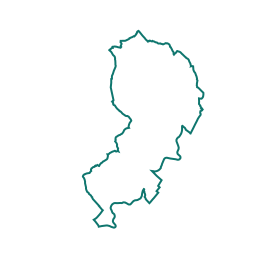 Barbatesti, Gorj, Romania (Natural Earth projection), rotated 44°
{"feature_id": "2599482B4781190450425", "entity_name": "Barbatesti", "entity_type": "district", "adm_level": 2, "iso_a3": "ROU", "parent_name": "Romania", "parent_adm1": "Gorj", "projection": "natural_earth1", "projection_center": [23.486, 44.864], "detail": "fine", "context": "isolated", "style": "outline", "palette": "teal", "viewbox_px": 256, "rotation_deg": 44, "n_neighbors": 0, "source": "geoboundaries", "source_scale": "gbopen_adm2", "svg_char_len": 5758}
<svg xmlns="http://www.w3.org/2000/svg" viewBox="0 0 256 256"><g transform="rotate(44 128 128)"><path d="M175.5,219.3L177.2,216.8L180.0,213.3L180.8,212.5L182.8,211.3L184.7,210.7L186.9,209.6L187.3,209.2L187.6,208.5L187.7,208.1L187.6,207.7L187.4,207.2L186.9,206.8L186.2,206.5L183.2,206.2L182.6,206.0L181.8,205.5L181.3,204.7L180.8,203.8L180.5,201.9L180.2,201.2L179.8,200.7L179.2,200.2L178.1,199.6L176.8,199.6L176.2,199.8L175.3,199.6L173.5,198.7L171.8,198.1L171.2,197.7L170.7,197.1L170.1,195.8L169.9,195.2L169.7,193.8L169.8,193.2L170.0,192.4L170.2,191.8L170.6,191.2L172.8,189.2L174.5,187.3L175.7,186.3L176.0,185.7L176.1,185.1L176.5,184.5L177.7,183.6L179.3,183.1L181.1,182.7L181.8,182.4L182.5,181.7L182.7,181.4L182.8,180.6L182.7,178.2L182.7,176.7L183.3,175.1L184.2,174.1L184.9,173.1L185.9,169.9L185.3,167.8L185.0,167.1L183.6,165.2L182.4,163.2L182.1,162.4L181.8,160.9L182.1,160.8L182.5,161.1L182.8,162.0L183.2,162.5L183.9,162.4L184.4,162.9L185.9,163.6L186.5,163.9L187.3,164.7L187.7,165.5L187.8,166.0L189.7,166.4L190.3,166.9L195.6,167.2L195.6,165.9L195.3,162.0L195.3,160.7L194.7,153.5L192.4,153.6L192.0,148.7L189.9,148.7L189.4,146.6L189.1,145.4L188.8,143.8L188.4,142.2L181.9,142.5L175.1,142.3L176.3,141.4L177.5,140.7L178.0,139.9L178.7,138.9L179.2,137.6L179.5,136.1L179.4,134.0L179.0,133.5L178.7,133.2L178.1,131.3L177.5,130.3L175.8,125.9L175.5,124.9L175.6,123.9L176.0,123.1L176.6,122.4L179.7,120.5L184.1,117.3L185.4,116.6L186.1,116.1L186.8,114.8L186.7,113.4L186.0,112.5L185.2,112.1L184.6,112.1L181.9,112.2L180.7,111.6L180.0,110.7L179.0,108.0L178.0,106.8L176.2,105.8L172.6,104.1L172.0,103.8L171.4,103.2L171.0,102.7L170.6,101.4L170.6,99.8L170.8,99.2L170.9,98.8L170.7,97.7L170.3,95.7L170.0,94.8L169.2,93.2L168.3,91.9L165.6,89.1L165.6,88.8L165.7,88.6L167.2,88.6L168.7,88.4L170.0,88.7L170.7,89.1L171.6,89.0L172.2,88.9L175.0,88.5L176.0,88.4L176.6,88.6L176.8,88.5L174.9,82.3L173.8,78.9L172.6,74.9L171.9,72.9L171.4,70.5L171.2,68.5L171.0,68.0L170.5,67.4L169.4,67.0L168.7,66.0L168.4,65.7L169.0,64.0L169.0,63.6L168.7,63.4L167.7,63.3L168.2,62.7L165.0,62.2L164.8,62.1L164.7,61.8L164.5,61.7L162.4,61.4L160.8,59.6L158.9,57.8L158.5,57.4L159.7,56.6L160.4,56.0L160.6,55.4L160.5,54.1L160.0,52.9L158.7,51.2L157.7,50.3L155.2,50.3L151.7,50.2L150.3,50.3L149.5,50.6L149.4,50.4L148.5,49.9L148.1,49.8L147.1,48.6L146.7,48.2L144.9,45.5L144.0,45.3L143.8,45.2L143.3,44.5L141.3,43.2L140.4,42.9L139.1,42.2L138.0,41.7L136.4,41.5L135.0,40.9L134.5,40.6L132.0,38.4L131.0,39.0L130.5,39.8L130.4,39.5L129.2,39.1L128.1,38.3L126.2,37.7L124.0,36.7L122.9,36.7L122.1,36.9L121.4,37.2L120.5,37.0L119.3,37.2L118.4,37.1L117.5,37.2L116.6,37.1L115.6,37.2L113.2,37.1L112.0,37.4L111.0,38.0L110.1,38.3L109.9,38.5L109.9,38.9L110.2,40.5L110.0,42.1L110.1,43.3L109.5,43.2L108.4,42.1L107.9,41.8L106.5,41.6L104.5,40.8L103.4,40.5L102.8,40.2L102.3,40.4L101.7,40.3L100.8,39.6L100.2,39.4L99.7,39.2L97.7,39.6L96.9,40.4L96.3,40.6L96.0,41.4L95.8,41.8L95.6,42.4L95.2,43.4L95.0,43.6L94.1,43.9L93.4,44.5L92.7,44.6L91.1,46.2L90.7,46.3L89.5,46.4L88.1,47.3L87.0,47.5L86.2,47.9L85.8,48.2L85.2,48.3L85.2,48.9L84.6,49.4L83.8,49.6L83.0,50.0L82.9,50.1L82.9,50.5L82.7,50.5L82.3,51.1L82.1,51.7L82.2,52.0L81.9,52.0L80.5,51.9L80.1,52.0L78.6,51.9L77.7,51.7L74.3,51.5L68.8,50.8L68.3,50.9L68.4,51.2L68.0,51.3L67.8,51.6L67.8,52.3L67.9,52.8L68.4,53.2L68.4,54.2L68.8,54.8L68.7,55.1L68.9,55.6L68.9,56.4L69.0,56.8L68.8,57.2L68.9,57.7L68.4,57.9L67.9,59.8L67.4,60.5L67.3,61.1L66.7,62.4L66.9,62.7L66.8,63.5L65.6,66.8L65.3,67.3L62.2,70.4L63.1,71.5L64.6,71.7L65.0,72.0L65.5,73.4L65.7,74.0L66.0,74.3L66.8,74.4L66.9,75.4L64.6,76.9L64.1,77.1L63.0,77.7L62.5,78.2L62.0,78.4L61.5,79.0L61.0,79.7L60.5,80.2L60.4,80.4L60.5,80.6L61.3,81.0L61.1,81.2L60.9,81.4L60.7,82.7L60.7,83.9L60.4,84.3L60.4,84.5L60.7,84.5L60.7,85.0L62.9,84.9L63.9,85.1L66.2,85.8L66.9,85.9L67.6,85.8L68.8,85.9L70.3,86.8L70.8,87.5L72.1,88.4L73.6,89.8L75.1,91.3L76.0,91.8L76.7,93.0L77.2,94.4L77.6,95.3L77.9,96.3L79.6,99.7L80.2,101.5L80.7,102.2L82.3,103.8L82.3,104.2L82.0,104.5L84.6,107.2L87.4,110.8L98.3,118.1L98.5,118.8L98.4,119.1L98.2,119.3L98.3,119.5L98.3,120.1L99.3,120.0L100.4,120.6L100.5,121.0L101.6,121.4L102.9,120.9L105.4,121.5L106.4,121.6L107.7,121.7L108.4,121.5L110.2,121.7L110.6,121.6L110.9,121.3L112.5,121.3L113.9,121.5L115.3,121.3L116.9,121.0L117.7,121.0L118.8,120.3L119.2,119.8L120.7,119.4L122.1,119.7L123.4,119.8L124.3,120.0L125.3,120.5L125.4,121.0L125.7,123.2L126.4,124.9L127.6,126.8L127.9,127.0L128.6,127.2L127.3,129.0L126.8,130.3L126.7,132.1L127.4,134.0L127.7,136.1L127.2,137.6L127.1,138.4L126.3,139.9L126.0,141.7L125.7,142.4L125.8,143.4L126.7,144.7L126.9,144.9L127.5,145.1L127.9,146.1L128.1,146.6L129.0,146.6L130.7,147.0L131.9,147.7L132.4,148.5L132.6,148.7L133.9,149.3L135.0,149.5L135.4,150.3L136.8,151.3L137.3,151.5L136.8,151.7L136.1,152.5L135.8,153.2L134.6,153.4L134.3,153.6L133.9,154.6L133.2,155.9L132.7,157.5L132.3,158.7L132.3,159.7L132.2,160.3L132.0,160.7L131.5,161.2L132.6,161.7L133.1,162.2L134.4,164.3L134.5,165.0L134.5,165.4L133.6,168.9L133.3,169.6L133.4,170.6L133.2,171.9L133.0,172.1L133.2,173.9L133.6,175.4L133.3,175.6L132.8,175.6L131.6,175.9L131.5,177.3L131.2,177.7L130.7,177.7L130.6,178.2L130.6,178.5L130.9,178.9L130.8,179.3L130.2,180.2L130.0,180.8L130.0,181.9L129.8,182.4L130.2,183.6L131.1,184.4L131.4,184.5L131.4,184.8L131.3,185.6L131.6,186.7L131.5,187.2L131.1,187.7L129.9,189.3L129.2,190.8L129.2,191.1L128.8,191.6L128.8,192.4L128.7,193.1L129.2,194.2L129.6,194.4L131.1,194.6L132.7,195.3L134.4,196.4L135.4,197.5L139.1,199.9L139.9,200.8L141.1,201.5L142.8,202.2L143.2,202.3L144.4,202.0L144.7,202.0L145.6,202.5L148.4,202.3L149.6,202.8L150.3,202.6L150.9,203.1L152.1,203.5L161.4,204.1L161.4,204.3L166.5,204.8L167.0,204.7L167.6,209.2L167.8,213.7L167.7,215.3L167.1,217.8L169.2,217.9L173.9,218.6L174.7,218.8L175.5,219.3Z" fill="none" stroke="#0f766e" stroke-width="2"/></g></svg>